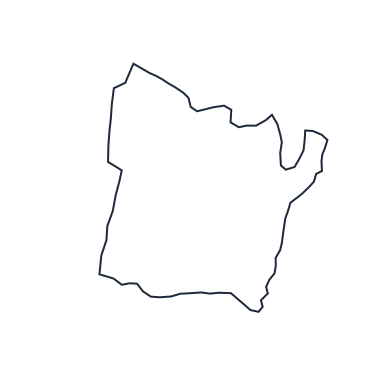 the district of Flamoudi, Cyprus, rotated 124°
{"feature_id": "46923920B70745451588805", "entity_name": "Flamoudi", "entity_type": "district", "adm_level": 2, "iso_a3": "CYP", "parent_name": "Cyprus", "parent_adm1": "", "projection": "albers", "projection_center": [33.856, 35.393], "detail": "fine", "context": "isolated", "style": "outline", "palette": "slate", "viewbox_px": 384, "rotation_deg": 124, "n_neighbors": 0, "source": "geoboundaries", "source_scale": "gbopen_adm2", "svg_char_len": 1213}
<svg xmlns="http://www.w3.org/2000/svg" viewBox="0 0 384 384"><g transform="rotate(124 192 192)"><path d="M118.4,312.3L138.8,308.4L149.6,314.8L163.6,307.8L177.0,300.1L187.8,294.4L201.2,286.7L214.0,278.4L213.3,262.4L222.9,258.5L237.5,253.4L252.2,247.0L267.5,243.2L279.6,236.1L295.5,231.6L312.0,222.7L307.6,208.6L308.2,198.4L302.5,192.6L298.7,186.2L301.8,177.2L301.8,167.7L297.4,160.0L290.4,151.0L282.7,144.6L277.0,137.0L270.0,128.0L266.2,120.3L260.4,113.3L254.1,103.1L256.0,87.1L257.2,77.5L254.1,69.8L247.7,69.2L243.2,74.3L233.7,72.4L229.2,77.5L221.6,78.8L213.3,78.1L206.3,81.3L199.9,85.8L191.0,86.4L184.0,89.0L173.8,94.1L161.7,99.9L154.1,101.8L145.8,104.4L132.4,99.9L123.5,98.0L115.3,96.7L107.6,99.2L101.9,96.0L94.2,101.8L87.9,105.0L81.5,106.3L73.2,108.8L72.0,116.5L73.9,126.1L77.7,132.5L85.3,128.0L94.9,122.9L104.4,121.6L114.0,121.0L121.0,126.7L120.3,133.1L110.2,140.8L100.6,145.3L95.5,150.4L87.9,159.3L83.3,168.9L91.0,170.9L101.2,176.0L106.3,183.7L112.1,189.4L112.7,199.0L101.9,205.4L102.5,213.7L109.5,221.4L115.9,227.2L122.2,232.9L122.2,240.6L115.9,247.6L114.6,254.7L114.6,264.3L115.2,273.2L115.2,279.6L115.9,287.3L117.1,293.7L117.8,303.9L118.4,312.3Z" fill="none" stroke="#1e293b" stroke-width="2"/></g></svg>